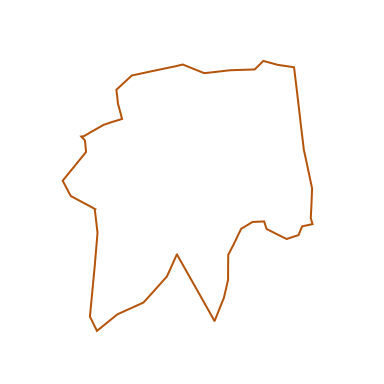 Jihanah, Sana'a, Yemen (orthographic projection), rotated 72°
{"feature_id": "15242507B2838826249504", "entity_name": "Jihanah", "entity_type": "district", "adm_level": 2, "iso_a3": "YEM", "parent_name": "Yemen", "parent_adm1": "Sana'a", "projection": "orthographic", "projection_center": [44.505, 15.192], "detail": "fine", "context": "isolated", "style": "outline", "palette": "amber", "viewbox_px": 384, "rotation_deg": 72, "n_neighbors": 0, "source": "geoboundaries", "source_scale": "gbopen_adm2", "svg_char_len": 1748}
<svg xmlns="http://www.w3.org/2000/svg" viewBox="0 0 384 384"><g transform="rotate(72 192 192)"><path d="M294.7,325.3L285.3,300.8L284.6,294.6L283.9,288.5L282.7,277.6L282.1,272.2L281.2,270.7L275.6,260.9L264.6,242.0L258.3,236.2L248.0,226.9L247.1,226.0L246.9,225.9L246.8,225.6L280.7,218.7L283.1,218.2L321.4,210.5L321.4,210.3L321.3,210.1L319.9,208.9L302.4,194.3L289.3,186.4L286.6,184.8L280.5,182.8L272.6,180.2L262.9,176.9L255.7,169.6L251.8,165.8L246.2,160.5L242.2,156.6L239.9,146.7L239.2,143.6L242.3,132.5L250.2,132.5L253.8,128.9L259.0,123.6L261.0,121.6L265.9,116.6L265.9,112.0L265.9,108.7L265.9,105.3L265.9,103.9L264.6,102.9L258.7,97.9L259.8,87.3L253.5,87.1L243.3,83.2L233.9,79.7L225.8,76.7L225.0,76.6L215.4,75.6L199.6,73.9L185.7,72.5L185.5,72.4L173.9,70.1L163.6,68.1L151.8,65.7L150.7,65.5L145.2,64.4L128.3,61.0L104.9,56.4L102.4,61.4L97.5,71.3L95.9,73.7L93.8,76.9L93.7,77.1L89.7,83.1L89.6,83.3L89.4,83.6L89.8,84.5L90.6,86.0L94.8,94.5L91.4,106.3L88.6,116.0L88.1,117.7L87.0,122.9L84.1,137.2L83.3,141.1L82.7,143.6L82.3,144.2L67.9,161.4L67.1,171.2L66.6,175.1L63.9,200.5L63.7,202.6L62.6,213.2L64.9,218.3L71.4,232.3L71.5,232.4L73.3,232.7L78.3,233.7L82.6,234.6L84.8,235.1L91.2,235.4L100.1,235.9L100.9,235.9L100.9,236.0L100.9,236.6L100.7,247.0L100.8,252.0L100.8,252.4L100.8,255.1L101.2,257.0L102.0,261.1L103.7,269.5L104.6,273.3L105.1,275.7L105.5,278.0L105.4,278.4L105.3,279.2L105.1,279.7L105.0,280.2L105.3,280.1L107.1,279.2L107.9,278.8L109.9,277.9L112.2,278.4L113.2,278.6L121.2,280.4L121.6,281.0L134.0,300.2L136.5,304.1L140.6,310.4L140.8,310.7L141.3,311.5L155.4,309.1L158.4,308.5L178.0,289.7L178.0,289.8L182.4,290.6L186.4,291.4L201.7,294.5L212.9,299.2L227.6,305.4L231.7,307.1L279.0,327.6L294.7,325.3Z" fill="none" stroke="#b45309" stroke-width="2"/></g></svg>